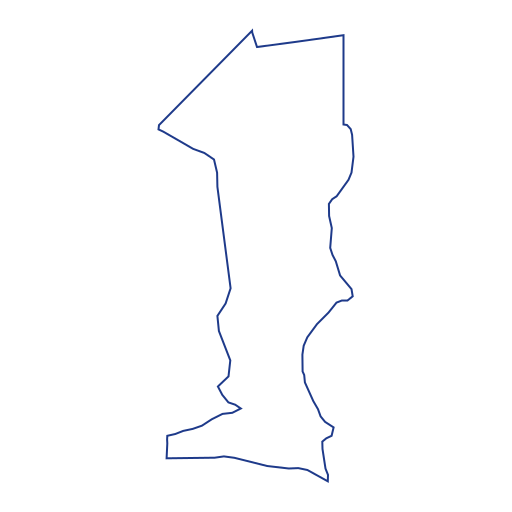 map outline of Oshana (orthographic projection)
{"feature_id": "NAM-3351", "entity_name": "Oshana", "entity_type": "Region", "adm_level": 1, "iso_a3": "NAM", "parent_name": "Namibia", "parent_adm1": "", "projection": "orthographic", "projection_center": [15.74, -18.505], "detail": "fine", "context": "isolated", "style": "outline", "palette": "blue", "viewbox_px": 512, "rotation_deg": 0, "n_neighbors": 0, "source": "natural_earth", "source_scale": "10m", "svg_char_len": 1129}
<svg xmlns="http://www.w3.org/2000/svg" viewBox="0 0 512 512"><path d="M252.1,30.7L252.2,32.4L257.0,47.0L296.3,41.8L343.5,35.2L343.5,124.5L347.0,125.0L350.7,129.1L352.1,134.8L353.5,156.7L351.5,172.6L348.5,179.8L336.7,196.2L332.2,199.2L328.9,203.9L329.1,216.0L331.8,228.1L330.2,247.9L332.5,254.9L335.8,261.3L340.1,275.5L351.5,289.1L352.7,296.3L347.5,300.5L341.9,300.5L336.5,302.6L328.5,312.6L317.0,324.1L307.3,337.3L303.7,345.7L302.4,354.6L302.6,371.5L304.2,375.0L304.9,382.4L313.3,401.1L318.0,409.2L320.6,416.4L325.1,421.9L333.6,427.4L331.6,435.8L326.3,438.3L322.3,441.6L322.5,449.0L325.5,468.6L328.0,474.9L327.8,481.3L307.4,470.0L298.3,468.1L288.8,468.5L267.1,466.0L234.4,457.8L223.9,456.4L214.7,457.7L166.6,458.3L167.3,443.4L167.1,439.5L167.3,435.8L175.3,434.0L183.2,430.9L192.7,428.9L201.9,425.7L211.9,419.2L222.5,413.9L232.3,412.8L240.8,408.5L235.2,404.7L228.4,402.4L222.3,394.9L217.9,386.5L228.5,376.4L230.3,360.4L218.9,331.0L217.4,315.9L225.6,303.5L230.6,288.3L217.4,186.8L217.1,172.7L214.0,159.5L204.4,153.0L193.2,148.9L163.2,131.6L158.5,129.4L159.0,125.1L252.1,30.7Z" fill="none" stroke="#1e3a8a" stroke-width="2"/></svg>